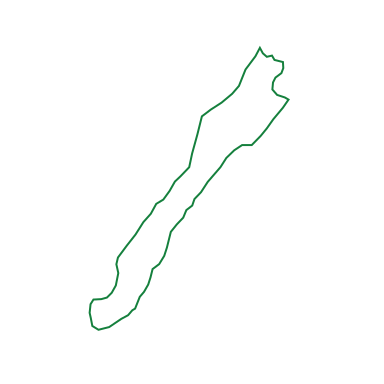 Borgholm, Kalmar, Sweden (orthographic projection), rotated 194°
{"feature_id": "70781695B15457803066593", "entity_name": "Borgholm", "entity_type": "district", "adm_level": 2, "iso_a3": "SWE", "parent_name": "Sweden", "parent_adm1": "Kalmar", "projection": "orthographic", "projection_center": [16.858, 57.026], "detail": "fine", "context": "isolated", "style": "outline", "palette": "green", "viewbox_px": 384, "rotation_deg": 194, "n_neighbors": 0, "source": "geoboundaries", "source_scale": "gbopen_adm2", "svg_char_len": 1082}
<svg xmlns="http://www.w3.org/2000/svg" viewBox="0 0 384 384"><g transform="rotate(194 192 192)"><path d="M161.0,348.3L163.3,339.0L169.7,323.8L172.1,306.3L176.8,297.0L184.9,285.9L193.7,276.5L200.7,267.8L200.7,249.2L201.2,229.4L200.7,215.4L207.0,204.4L211.1,198.0L214.0,187.6L218.0,177.7L223.8,171.9L226.7,160.9L231.9,151.0L236.5,137.1L242.2,124.4L248.0,110.5L247.9,103.6L243.9,95.5L243.3,82.9L245.5,74.8L249.0,69.0L254.1,66.1L261.6,63.8L263.3,58.6L262.1,50.0L259.8,45.4L256.3,37.9L249.4,35.7L239.7,40.9L229.9,51.8L224.2,57.0L221.3,62.8L219.0,65.1L217.3,77.7L214.4,83.5L212.1,91.6L211.6,99.1L211.6,107.7L206.4,114.1L203.5,123.3L202.9,132.0L202.9,148.2L198.9,156.9L194.3,165.0L193.1,173.1L188.5,178.9L187.9,185.8L183.2,194.0L179.2,205.6L175.1,213.7L170.4,223.0L166.9,233.4L161.1,242.7L154.7,249.7L145.4,252.0L138.9,263.1L134.8,271.8L130.7,282.3L124.2,295.7L120.7,305.0L124.8,306.2L132.9,306.8L138.8,310.9L139.9,317.9L138.7,323.2L134.0,329.0L133.4,334.3L135.2,340.1L143.9,340.1L147.4,343.7L152.1,341.3L156.8,343.7L161.0,348.3Z" fill="none" stroke="#15803d" stroke-width="2"/></g></svg>